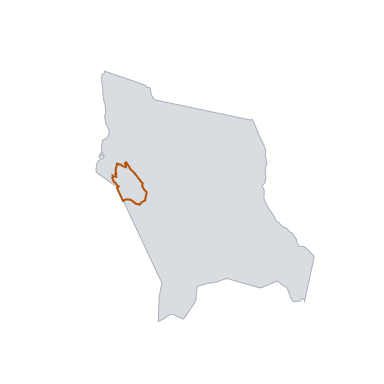 Fafi, North-Eastern, Kenya shown in context, rotated 155°
{"feature_id": "3690345B31550600225726", "entity_name": "Fafi", "entity_type": "district", "adm_level": 2, "iso_a3": "KEN", "parent_name": "Kenya", "parent_adm1": "North-Eastern", "projection": "equal_earth", "projection_center": [40.194, -0.782], "detail": "fine", "context": "in_parent", "style": "outline", "palette": "amber", "viewbox_px": 384, "rotation_deg": 155, "n_neighbors": 0, "source": "geoboundaries", "source_scale": "gbopen_adm2", "svg_char_len": 6740}
<svg xmlns="http://www.w3.org/2000/svg" viewBox="0 0 384 384"><g transform="rotate(155 192 192)"><path d="M106.7,232.4L106.6,227.5L107.2,215.0L107.1,204.0L107.6,198.5L109.6,195.0L110.5,192.5L111.2,188.9L112.2,186.1L114.6,183.7L115.0,182.4L117.6,178.5L119.1,173.5L120.2,171.8L121.7,170.2L122.7,169.3L124.3,168.5L125.6,168.0L125.9,167.6L126.0,166.8L125.6,163.7L126.1,162.7L127.0,160.6L128.0,158.7L128.9,157.4L129.4,156.2L129.7,154.0L129.7,152.4L129.7,149.9L129.4,144.1L128.4,139.2L127.7,133.8L128.2,132.1L127.4,128.9L126.9,128.7L126.3,128.0L125.4,125.0L124.7,122.3L124.3,121.6L121.5,119.2L120.0,113.6L118.4,112.4L117.6,106.8L117.4,105.2L118.3,99.6L118.3,98.4L117.3,97.2L114.6,96.0L112.4,93.7L112.7,92.9L112.9,92.0L111.7,91.5L108.4,82.0L112.7,76.2L117.1,70.4L122.7,63.1L127.8,56.4L132.2,50.6L136.1,45.4L136.0,46.4L136.1,47.7L136.5,48.5L137.3,49.0L138.5,48.5L139.5,47.6L140.4,47.5L146.3,49.6L147.3,51.5L147.2,53.5L147.5,55.0L147.0,56.5L146.5,61.0L146.6,65.0L148.4,68.1L150.0,70.5L151.2,73.8L152.2,74.8L153.4,75.4L157.5,75.5L163.5,75.7L169.3,75.9L169.8,76.0L171.0,76.5L176.3,81.0L181.2,85.1L185.3,88.7L189.3,92.2L193.2,95.6L196.2,98.4L199.2,99.3L204.0,99.7L207.4,99.8L210.5,101.0L215.0,102.1L218.5,102.7L220.6,103.3L226.3,103.9L227.3,103.6L229.8,100.4L232.6,95.4L233.7,92.6L237.4,89.8L243.9,85.9L248.4,83.2L253.5,80.4L255.7,82.8L258.9,86.6L260.3,88.5L261.5,89.4L263.2,89.9L265.3,89.9L266.4,89.8L268.8,89.4L274.2,88.9L277.4,88.9L274.7,94.0L271.6,100.1L265.8,111.3L261.4,117.2L258.0,121.6L257.7,122.4L257.7,127.4L257.8,139.5L257.8,163.8L257.9,188.1L258.0,212.4L258.0,224.5L258.0,228.6L261.0,233.7L263.8,238.7L267.6,245.3L269.6,248.8L270.0,250.0L269.9,252.3L266.8,257.3L264.2,259.5L260.8,260.6L259.7,260.4L258.4,259.7L257.9,260.9L257.5,262.7L256.7,262.3L256.1,261.8L256.5,265.1L256.8,266.7L256.3,268.9L254.6,270.8L254.5,272.4L250.9,276.7L245.8,277.1L243.1,279.2L241.9,280.9L240.9,284.7L241.3,290.5L239.8,294.9L239.6,297.1L236.9,300.0L235.8,302.7L234.9,305.3L234.1,306.5L233.2,312.5L232.0,316.2L231.7,317.4L231.4,318.5L230.4,320.7L229.8,322.1L229.4,323.1L226.2,332.5L223.8,336.7L221.9,336.2L220.6,337.9L220.5,338.6L219.8,338.2L218.2,336.6L214.9,333.5L211.7,330.3L208.4,327.1L205.1,323.9L201.8,320.7L198.5,317.6L195.3,314.4L192.0,311.2L190.0,309.3L189.2,308.2L188.5,306.0L188.2,305.5L187.3,304.8L186.3,304.6L186.0,304.2L186.0,303.2L186.4,301.6L187.6,298.7L187.7,297.0L187.5,295.1L187.1,291.9L186.7,291.2L184.6,289.6L180.0,286.2L175.5,282.7L170.9,279.3L166.3,275.9L161.8,272.5L157.2,269.0L152.7,265.6L148.1,262.2L143.5,258.7L139.0,255.3L134.4,251.9L129.8,248.5L125.3,245.0L120.7,241.6L116.2,238.2L111.6,234.7L109.9,233.5L108.3,232.4L106.7,232.4ZM258.4,265.7L257.6,265.9L258.0,264.3L260.3,262.2L261.3,262.6L261.5,263.1L261.4,263.6L261.0,264.0L258.4,265.7Z" fill="#d9dde1" stroke="#a8b0b8" stroke-width="1"/><path d="M233.1,211.1L233.2,211.4L233.8,212.7L234.2,213.7L234.2,214.0L234.3,214.5L234.5,215.8L234.5,216.3L234.6,217.1L234.7,217.6L234.7,217.9L234.8,218.2L234.8,218.3L234.7,218.4L234.6,218.5L234.4,218.6L234.3,218.8L234.2,219.0L233.9,219.5L233.5,220.1L233.4,220.2L233.2,220.3L233.2,220.5L233.3,220.8L233.3,221.1L233.3,221.3L233.2,221.4L233.3,221.5L233.4,221.8L233.6,222.1L233.7,222.3L233.7,222.6L233.7,222.8L233.8,222.9L233.8,223.0L234.0,223.3L234.0,223.6L234.1,224.1L234.1,224.3L234.2,224.5L234.3,224.7L234.3,224.8L234.3,225.0L234.2,225.2L234.2,225.3L234.2,225.5L234.3,225.7L234.4,225.8L234.4,226.0L234.5,226.1L234.6,226.3L234.7,226.8L234.8,227.0L234.9,227.3L235.0,227.5L235.0,227.9L235.0,228.2L235.0,228.3L235.0,228.6L235.1,228.8L235.0,229.1L235.0,229.3L235.2,229.5L235.3,229.8L235.4,230.0L235.5,230.4L235.5,230.6L235.6,230.8L235.7,231.0L235.8,231.3L235.8,231.6L235.8,231.8L235.7,232.3L235.7,232.5L235.8,232.7L235.9,232.8L236.0,232.9L236.0,233.2L236.1,233.4L236.2,233.8L236.4,234.2L236.4,234.3L236.5,234.5L236.7,235.0L236.8,235.2L236.9,235.4L237.0,235.8L237.2,236.4L237.2,236.6L237.3,236.7L237.3,236.9L237.4,237.0L237.5,237.2L237.6,237.5L237.9,237.9L237.9,238.1L238.0,238.2L238.0,238.3L238.1,238.6L238.2,239.1L238.3,239.4L238.3,239.5L238.3,239.9L238.3,240.0L238.3,240.3L238.2,240.6L238.2,240.9L238.1,241.1L238.2,241.4L238.2,241.5L238.3,241.8L238.4,242.1L238.4,242.4L238.4,242.5L238.6,243.6L238.8,244.6L238.9,245.2L238.9,245.4L238.9,245.8L239.0,246.0L239.1,246.4L239.1,246.5L239.3,246.7L239.3,246.8L239.6,246.8L239.8,246.8L240.0,246.7L240.9,246.1L240.4,244.6L240.4,244.4L241.4,242.4L242.2,243.2L244.1,245.1L244.2,245.3L244.3,245.4L244.5,245.9L244.6,246.2L244.8,246.6L245.0,247.0L245.7,247.4L246.2,247.6L246.3,247.6L246.7,248.0L246.8,248.4L247.1,248.6L247.4,248.8L247.6,248.9L247.7,249.0L247.8,249.0L247.9,249.3L248.0,249.4L249.3,247.3L249.5,247.2L249.7,246.9L249.8,246.9L249.9,246.7L250.0,246.7L250.3,246.4L250.4,246.2L250.7,246.0L250.8,245.9L251.0,245.6L251.2,245.3L251.4,245.0L251.4,244.9L251.5,244.8L251.5,244.6L251.6,244.4L251.8,244.2L251.8,243.9L252.1,243.5L252.3,243.4L252.4,243.2L252.5,242.9L252.5,242.7L252.5,242.3L252.5,242.2L252.7,241.9L252.7,241.7L252.7,241.4L252.8,241.3L252.9,241.1L252.9,240.9L253.1,240.9L253.2,241.0L253.3,241.0L253.5,241.1L253.8,241.0L253.9,240.9L254.0,240.9L254.0,240.7L253.9,240.4L253.9,240.2L253.8,239.9L253.7,239.9L253.7,239.7L253.7,239.4L253.7,239.2L253.8,239.1L253.9,238.8L254.0,238.7L254.2,238.2L254.3,238.1L254.3,237.9L256.6,239.3L256.8,239.6L256.9,239.8L257.0,239.1L258.2,238.8L258.6,234.5L258.6,234.4L258.3,233.9L258.0,233.5L258.0,233.4L257.9,233.2L257.8,232.9L257.7,232.8L257.6,232.7L257.5,232.2L257.4,232.0L257.3,231.6L257.2,231.3L257.2,231.0L257.2,230.8L257.2,230.6L257.1,230.3L257.1,230.2L257.0,229.8L256.9,229.5L256.9,229.4L256.6,228.9L256.5,228.7L256.4,228.6L256.3,228.3L256.2,228.2L256.1,227.9L258.3,227.4L258.3,213.0L257.3,213.0L256.7,213.2L256.6,213.3L256.4,213.3L256.2,213.3L256.0,213.2L255.7,213.2L255.3,213.2L254.6,213.1L254.2,212.9L253.9,212.8L253.7,212.7L252.9,212.1L251.7,211.4L251.2,211.0L250.9,210.7L250.3,210.0L250.0,209.6L249.9,209.5L249.9,209.4L249.7,209.0L249.5,208.6L249.5,208.4L249.4,208.3L249.4,208.1L249.4,207.9L249.2,207.6L249.1,207.4L248.9,207.3L248.9,207.2L248.7,206.9L248.5,206.6L248.3,206.4L248.3,206.2L248.2,206.0L248.1,205.8L248.1,205.5L248.0,205.4L248.0,205.2L247.9,205.1L247.7,205.1L247.4,204.9L247.1,204.5L246.8,204.3L246.6,204.1L246.4,203.8L246.3,203.7L246.2,203.7L245.8,203.6L245.7,203.6L245.5,203.4L245.4,203.4L245.2,203.2L245.0,202.9L244.9,202.7L244.7,202.6L244.4,202.7L243.5,203.3L243.3,203.4L243.0,203.6L242.7,203.8L242.4,203.9L242.2,204.0L241.9,204.0L241.6,204.1L241.4,204.1L241.1,204.0L240.8,204.0L240.5,204.1L240.4,204.1L240.2,204.1L239.8,204.1L239.7,204.1L238.8,204.0L238.6,204.0L238.4,204.1L238.2,204.2L237.9,204.3L237.7,204.5L237.5,204.8L237.1,205.8L236.0,207.2L234.2,209.4L234.1,209.6L233.1,211.1Z" fill="none" stroke="#b45309" stroke-width="2"/></g></svg>